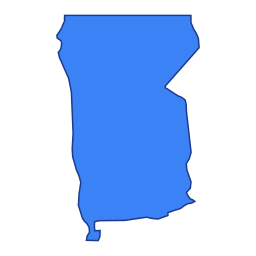 map outline of Omusati (Natural Earth projection)
{"feature_id": "NAM-3350", "entity_name": "Omusati", "entity_type": "Region", "adm_level": 1, "iso_a3": "NAM", "parent_name": "Namibia", "parent_adm1": "", "projection": "natural_earth1", "projection_center": [14.875, -18.403], "detail": "fine", "context": "isolated", "style": "filled", "palette": "blue", "viewbox_px": 256, "rotation_deg": 0, "n_neighbors": 0, "source": "natural_earth", "source_scale": "10m", "svg_char_len": 1107}
<svg xmlns="http://www.w3.org/2000/svg" viewBox="0 0 256 256"><path d="M71.1,15.4L95.2,15.4L119.4,15.4L143.6,15.4L167.8,15.4L190.9,15.4L191.0,22.8L193.8,29.4L196.1,33.1L197.1,35.1L198.4,38.6L199.1,47.7L165.3,86.0L165.1,87.7L166.8,88.6L177.7,95.7L181.7,97.4L185.2,100.0L186.3,105.4L186.4,111.2L191.1,152.4L189.3,158.6L186.3,163.7L186.8,169.8L191.0,181.8L190.3,188.3L186.4,192.4L188.0,195.8L190.3,198.9L192.7,199.8L194.8,201.4L191.6,203.1L188.1,203.6L184.2,205.7L180.6,208.4L177.2,209.6L173.8,210.5L170.9,211.7L168.0,212.4L167.9,213.9L167.9,215.5L158.0,219.0L152.3,218.5L146.5,217.2L124.9,220.4L99.0,220.7L94.6,221.7L94.4,226.1L94.8,230.8L100.1,230.5L99.9,236.5L98.2,240.6L86.4,240.3L87.3,235.6L88.4,234.1L89.5,232.3L89.1,227.4L86.9,223.6L84.3,221.1L82.4,218.1L78.4,205.2L79.1,193.7L80.8,182.4L79.1,176.1L76.5,170.1L72.7,156.8L72.2,149.1L73.1,133.5L71.4,92.1L68.7,78.5L59.5,57.5L58.3,52.3L60.1,50.1L60.9,48.3L61.3,46.1L61.6,43.3L61.1,40.8L57.2,38.1L56.9,35.2L58.8,32.6L61.8,27.6L62.6,25.3L64.4,21.4L64.9,19.6L64.3,18.8L64.6,17.7L64.6,15.4L71.1,15.4Z" fill="#3b82f6" stroke="#1e3a8a" stroke-width="1.5"/></svg>